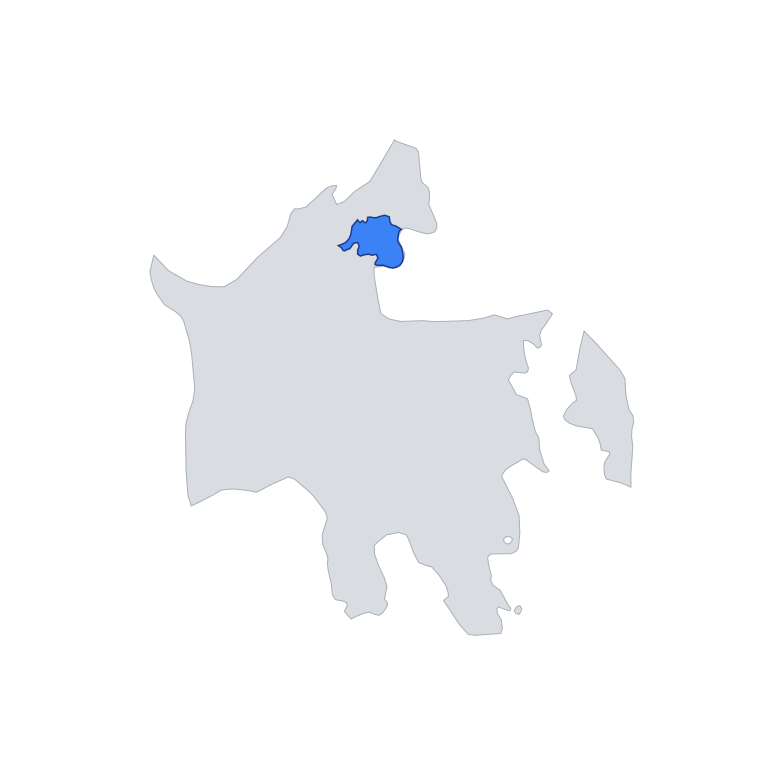 Azerbaijan, with Cəlilabad highlighted, rotated 213°
{"feature_id": "AZE-1700", "entity_name": "Cəlilabad", "entity_type": "District", "adm_level": 1, "iso_a3": "AZE", "parent_name": "Azerbaijan", "parent_adm1": "", "projection": "albers", "projection_center": [48.489, 39.203], "detail": "fine", "context": "in_parent", "style": "filled", "palette": "blue", "viewbox_px": 768, "rotation_deg": 213, "n_neighbors": 0, "source": "natural_earth", "source_scale": "10m", "svg_char_len": 4184}
<svg xmlns="http://www.w3.org/2000/svg" viewBox="0 0 768 768"><g transform="rotate(213 384 384)"><path d="M508.1,594.5L505.4,594.3L485.7,599.1L481.6,597.6L464.8,576.1L461.3,573.7L454.1,572.8L449.9,569.2L446.4,563.5L444.5,559.2L427.2,547.5L424.6,543.2L424.3,539.4L426.8,536.1L429.8,533.3L438.2,530.4L448.1,527.9L451.3,526.1L452.9,523.1L452.8,518.1L451.2,513.2L437.1,504.3L435.6,500.4L435.1,495.7L436.0,490.8L438.2,487.0L449.7,481.8L455.8,476.4L452.0,470.4L439.7,456.6L425.1,441.4L415.4,441.2L404.0,445.6L385.9,458.3L375.8,463.7L362.7,472.7L348.3,482.7L336.5,493.3L329.1,502.1L316.1,505.8L309.3,513.1L287.1,535.1L281.0,534.7L280.9,523.6L281.4,514.8L280.1,509.7L273.2,502.5L273.2,499.5L275.1,497.7L280.5,499.0L287.4,498.7L290.8,496.1L283.6,486.7L277.1,480.4L271.7,476.2L270.5,473.7L270.5,471.9L271.7,469.9L281.4,465.0L282.4,460.4L281.9,455.2L267.0,447.2L255.6,449.8L245.7,440.9L239.4,434.1L231.5,426.8L224.4,422.7L217.7,413.6L206.0,404.0L198.3,401.1L198.5,399.7L200.0,398.1L203.2,396.8L224.6,397.8L227.3,396.2L228.7,392.3L231.8,386.6L235.4,378.1L235.4,370.8L214.3,358.5L199.1,347.3L188.8,332.8L182.0,319.6L182.4,315.2L184.6,311.2L201.6,299.8L202.8,296.8L202.5,294.7L196.8,288.4L189.6,281.8L187.4,277.1L182.9,274.6L174.0,274.2L158.8,265.9L155.6,265.0L154.9,263.4L155.7,261.9L166.9,259.2L166.8,256.6L163.6,253.1L157.5,250.3L152.0,244.0L150.2,238.4L170.7,222.9L176.7,219.9L189.5,223.3L216.2,234.9L214.2,240.8L216.8,244.3L222.9,249.0L234.7,254.0L244.7,256.6L249.9,254.7L257.7,253.2L267.6,258.8L276.8,265.8L281.3,268.6L283.8,269.5L290.9,267.4L299.6,258.9L303.2,248.4L304.2,243.4L299.4,236.3L289.4,228.5L278.2,221.6L271.0,215.6L266.6,203.9L262.0,202.5L260.8,201.0L260.2,197.0L260.5,191.5L262.2,187.3L266.8,185.6L271.5,185.0L275.8,181.1L281.2,173.3L283.5,168.9L293.3,171.6L294.5,178.8L296.2,180.3L300.3,179.6L307.2,176.7L312.5,179.1L319.3,187.7L328.8,196.8L333.9,202.9L335.9,207.1L340.8,211.2L347.9,216.0L353.6,223.5L358.5,240.8L363.7,244.9L382.3,251.7L388.9,253.1L407.2,255.5L413.7,253.9L423.3,239.1L431.8,223.9L439.8,220.7L454.1,213.4L462.7,206.4L466.3,198.9L474.4,184.7L479.3,176.7L487.7,183.8L502.4,203.0L523.4,234.2L528.6,243.0L532.0,253.3L535.0,265.7L539.9,276.7L561.5,304.2L570.9,314.4L586.1,327.5L591.5,330.3L598.6,331.1L611.5,330.9L623.6,335.9L629.6,339.4L635.8,344.6L641.4,350.5L647.2,366.7L626.3,361.7L605.4,362.9L593.5,366.6L582.1,371.5L571.1,378.4L564.4,391.6L558.9,422.0L550.6,450.4L551.0,463.6L554.9,476.1L554.5,482.1L550.6,484.7L545.7,490.1L539.3,516.2L536.1,521.4L531.9,524.7L530.7,521.6L530.9,514.8L521.5,508.8L516.6,515.6L513.3,530.0L506.6,545.1L506.2,548.0L508.1,594.5ZM198.3,322.8L199.4,318.8L196.8,316.9L194.0,316.7L191.6,318.6L191.4,323.7L194.7,324.7L198.3,322.8ZM125.1,438.6L122.1,434.3L120.8,431.9L130.2,430.4L145.9,425.4L150.0,428.3L154.3,434.1L156.4,439.1L156.5,448.1L158.3,449.7L165.9,446.9L169.2,450.7L174.9,455.3L184.8,460.0L199.6,453.7L206.9,452.1L212.8,452.5L216.0,454.7L216.9,461.8L215.5,470.4L213.7,475.1L216.6,478.7L228.4,487.4L233.2,492.2L230.5,500.2L238.9,520.1L241.7,527.9L245.0,537.4L226.8,533.2L193.9,524.3L185.0,519.9L176.8,508.6L171.8,503.1L164.5,496.0L158.4,493.2L153.9,488.3L151.5,481.2L147.8,474.8L141.3,467.1L127.0,441.3L125.1,438.6ZM151.0,270.7L149.0,272.1L146.0,270.5L145.2,267.4L145.5,264.1L148.6,263.5L151.0,264.5L151.6,267.5L151.0,270.7Z" fill="#d9dde1" stroke="#a8b0b8" stroke-width="1"/><path d="M453.8,523.2L454.3,521.5L454.3,519.8L453.8,518.3L450.9,512.1L449.5,510.7L444.1,508.4L438.7,503.1L436.4,499.8L435.1,496.5L435.3,492.3L437.1,488.8L439.8,486.2L443.0,484.6L449.0,483.4L454.0,480.0L456.4,479.2L457.4,480.8L457.7,486.6L461.1,488.5L462.5,487.3L463.6,485.9L465.4,485.0L467.3,484.7L470.6,482.0L473.5,478.5L476.8,478.5L479.0,482.0L480.0,486.4L483.2,488.3L486.1,485.5L486.3,480.2L486.6,478.4L488.0,477.1L488.8,475.4L489.9,473.9L491.5,473.9L493.0,474.7L495.3,475.3L497.7,475.2L495.3,478.4L493.2,481.8L492.4,486.5L493.2,491.2L496.6,498.9L495.6,507.3L493.7,506.5L491.7,506.5L491.5,508.5L490.7,509.4L488.9,508.8L487.1,509.3L487.0,512.1L488.5,514.9L486.3,516.6L483.6,517.6L480.9,519.4L478.8,522.2L475.3,525.9L470.6,527.1L467.9,523.8L464.7,521.7L462.4,522.2L460.2,522.9L453.8,523.2Z" fill="#3b82f6" stroke="#1e3a8a" stroke-width="1.5"/></g></svg>